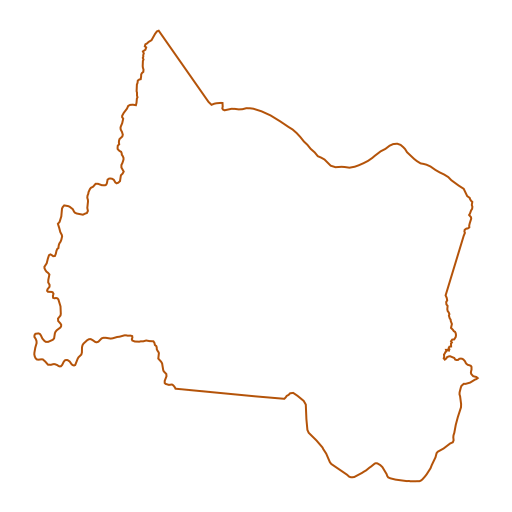 outline of Anajás, Pará, Brazil
{"feature_id": "56859067B41993569024253", "entity_name": "Anajás", "entity_type": "district", "adm_level": 2, "iso_a3": "BRA", "parent_name": "Brazil", "parent_adm1": "Pará", "projection": "robinson", "projection_center": [-50.06, -0.792], "detail": "fine", "context": "isolated", "style": "outline", "palette": "amber", "viewbox_px": 512, "rotation_deg": 0, "n_neighbors": 0, "source": "geoboundaries", "source_scale": "gbopen_adm2", "svg_char_len": 5953}
<svg xmlns="http://www.w3.org/2000/svg" viewBox="0 0 512 512"><path d="M57.9,223.8L59.2,227.9L60.3,232.1L61.8,234.9L62.1,236.4L61.4,239.5L60.6,241.6L59.4,243.4L58.9,244.7L58.6,246.2L58.4,248.1L57.3,248.9L56.5,250.7L55.8,253.8L54.9,256.0L53.2,256.2L51.6,255.0L50.4,254.4L49.0,255.2L47.9,258.5L46.7,263.3L44.4,266.8L44.5,268.3L45.5,270.3L46.5,271.7L48.0,272.8L49.4,274.5L48.3,279.9L48.2,282.4L49.6,284.9L49.5,286.8L47.5,289.3L47.1,290.8L48.0,291.8L51.3,291.9L52.6,292.2L53.5,293.8L52.9,295.9L53.1,297.8L54.5,298.3L56.0,298.0L57.5,298.4L58.4,299.5L60.5,306.4L60.8,313.8L60.5,315.5L58.0,318.6L58.2,321.0L60.5,323.6L61.2,324.8L61.1,326.3L60.4,327.5L56.7,330.3L55.5,331.8L54.9,333.2L54.1,338.4L52.8,339.8L48.1,341.9L45.9,341.9L44.5,341.0L42.4,338.6L40.9,335.4L39.9,334.0L38.5,333.4L35.4,333.8L34.5,335.2L34.4,336.9L35.7,338.9L36.5,341.0L36.6,343.1L35.3,347.6L34.4,352.7L34.3,354.4L34.8,356.6L35.7,358.4L36.9,359.5L38.5,359.7L41.4,359.3L42.8,359.4L45.2,361.5L48.0,364.7L51.0,364.8L53.4,364.1L54.7,364.1L57.3,365.1L58.5,366.0L59.6,366.4L60.9,366.3L62.2,364.9L63.6,362.0L64.8,360.4L66.0,360.0L67.6,360.1L69.7,361.5L71.5,364.1L72.5,365.0L74.0,365.5L75.2,365.0L77.7,358.7L78.5,357.3L81.3,354.6L81.9,352.5L82.0,347.3L82.5,345.2L83.5,343.6L87.2,340.2L89.0,339.2L90.7,339.1L92.6,340.1L95.3,342.0L96.6,342.3L98.4,341.7L101.6,338.4L103.4,337.8L105.8,337.8L110.7,338.6L112.7,338.3L117.1,337.0L119.6,336.7L124.6,335.3L126.0,335.3L127.7,335.7L130.5,335.6L132.2,336.1L132.4,337.7L131.8,339.1L132.3,340.5L134.8,341.5L139.3,341.7L140.8,341.3L143.3,341.3L146.2,340.5L149.5,341.1L153.4,341.3L154.4,342.8L154.9,345.0L156.3,346.1L156.7,347.4L156.8,349.3L157.5,350.7L158.3,351.8L158.9,353.1L158.3,358.6L161.1,361.7L162.1,363.4L163.2,370.0L163.7,371.3L166.3,374.0L166.5,376.2L164.7,380.9L164.7,383.0L165.6,383.9L168.9,384.9L171.9,384.5L173.1,385.2L174.0,386.2L174.9,387.4L175.5,388.7L255.9,396.4L284.3,398.8L285.7,397.4L286.7,395.9L288.6,394.9L290.1,393.3L293.2,392.9L297.5,395.8L303.7,400.9L305.8,404.6L306.4,419.1L307.4,429.9L308.7,432.8L316.5,440.5L322.5,447.5L323.2,449.0L326.2,453.6L329.9,462.2L331.3,464.0L347.0,474.7L349.2,476.7L350.7,477.2L352.0,477.3L354.3,477.0L362.2,472.8L363.5,471.9L366.1,470.4L369.5,467.6L371.0,466.6L374.7,463.6L375.9,463.2L377.4,463.4L380.3,465.1L382.4,467.1L386.6,474.1L387.2,475.9L388.2,477.4L390.3,478.3L395.5,479.6L406.7,481.1L409.1,481.0L410.4,481.3L419.4,481.2L420.7,480.7L422.3,479.5L424.8,476.7L426.6,474.4L430.5,468.3L431.8,465.0L435.5,457.3L436.6,453.1L437.8,451.7L443.6,448.5L450.1,443.5L452.8,442.3L453.6,440.3L453.3,437.3L453.5,435.3L454.3,432.8L455.8,424.7L457.8,417.2L461.0,407.3L461.1,404.0L460.1,396.3L459.5,394.3L459.6,392.3L460.7,388.0L461.3,386.1L462.5,384.9L463.8,383.8L465.5,383.9L470.1,382.6L475.0,379.6L476.4,379.1L477.7,378.1L476.4,377.0L473.2,376.2L471.3,374.1L470.9,372.8L471.1,371.1L471.5,369.8L471.5,366.9L470.8,365.8L469.2,365.2L467.9,364.9L466.5,363.9L465.6,362.7L465.1,361.4L463.3,359.4L461.9,358.7L460.6,358.6L459.3,358.8L458.1,359.9L456.6,360.0L455.2,359.6L454.3,358.0L450.0,356.2L448.5,356.5L447.0,357.2L446.3,358.4L444.8,359.6L443.7,358.3L444.2,357.0L444.0,354.5L444.8,353.5L445.3,352.2L446.4,351.4L446.0,349.9L447.5,349.9L448.9,350.6L449.4,349.3L448.6,348.2L449.4,346.7L451.1,346.5L451.0,343.5L451.9,342.5L451.0,341.3L452.2,339.6L454.2,339.4L455.7,337.0L456.0,335.1L455.7,333.2L455.0,331.8L453.8,331.2L452.9,329.8L451.0,327.9L451.9,324.0L450.8,321.2L450.6,319.6L449.7,318.3L449.3,316.9L448.9,315.6L449.4,314.1L448.7,312.4L447.7,311.1L447.3,309.2L447.6,305.9L446.4,304.4L446.2,302.0L447.2,300.4L446.7,297.8L445.6,295.4L463.7,235.8L464.9,232.9L464.4,231.5L464.7,229.8L466.5,228.5L467.7,228.5L469.3,227.4L469.2,225.5L469.7,223.4L471.2,218.7L471.0,217.2L469.1,215.0L469.9,213.7L471.1,210.4L472.1,208.9L472.4,206.8L471.8,205.0L472.3,201.9L471.0,200.7L470.1,199.2L469.7,197.9L467.2,196.1L463.7,188.8L458.7,185.6L451.3,180.2L448.3,177.1L444.1,174.5L439.7,172.4L435.5,170.0L430.5,166.5L426.5,164.7L423.5,163.9L420.6,163.4L416.9,161.1L414.1,158.9L407.0,152.2L405.1,149.1L403.3,147.2L400.6,144.9L397.2,143.7L393.1,144.1L389.6,145.7L385.4,148.9L380.7,151.3L374.8,155.8L372.2,158.0L368.0,160.9L363.5,163.2L358.7,165.3L354.8,166.7L349.5,167.7L344.6,167.0L341.6,166.8L335.5,167.2L330.7,165.7L324.5,159.5L321.1,157.6L317.8,156.2L314.7,152.4L310.6,148.8L307.4,144.8L303.9,141.5L300.3,137.0L296.7,133.1L292.6,129.5L288.4,126.9L280.1,121.3L270.5,115.4L261.5,111.3L253.3,108.7L250.2,108.3L246.3,108.2L242.5,109.2L238.8,109.4L235.0,108.9L231.5,108.8L224.5,110.3L222.9,109.5L222.3,108.3L222.7,106.6L222.5,103.0L220.6,102.9L216.2,103.3L214.3,103.7L211.5,104.8L208.5,101.9L158.7,30.7L156.9,31.4L155.1,33.8L151.5,40.2L148.5,42.0L147.1,43.4L145.4,44.3L144.8,46.3L146.2,47.4L145.4,49.7L142.9,51.4L143.8,53.4L143.2,55.1L143.3,56.7L142.8,57.9L143.5,59.5L142.9,60.9L142.7,66.1L142.9,67.7L143.5,69.6L143.3,71.9L142.0,73.0L141.2,74.4L141.1,76.7L140.7,79.2L139.3,79.5L137.8,80.6L137.5,83.0L136.9,84.5L136.6,91.2L137.0,92.6L137.0,95.6L137.5,97.3L136.9,98.5L136.5,102.8L135.9,105.2L132.9,104.7L130.1,104.9L128.2,105.9L127.0,108.6L123.8,112.8L122.2,115.7L122.1,117.1L123.2,118.7L122.2,123.2L120.8,126.5L120.5,127.8L120.7,129.5L122.0,132.0L122.8,134.7L122.3,136.5L119.5,139.1L119.0,140.9L118.9,142.7L119.2,144.3L117.8,145.6L117.6,147.4L117.6,148.9L118.5,150.0L119.6,151.0L121.1,151.8L121.7,153.3L121.8,154.7L122.7,156.0L123.5,157.9L123.5,159.5L123.1,160.9L122.4,163.0L121.4,165.0L121.4,167.5L123.7,171.6L122.6,173.6L120.9,175.3L120.0,181.1L118.3,182.7L116.6,183.3L115.3,182.4L113.8,179.8L112.2,178.8L110.5,178.5L109.1,178.6L107.6,179.6L106.9,183.2L106.2,184.7L105.0,185.3L101.8,185.2L98.0,183.8L95.6,183.8L93.1,186.7L90.9,187.8L89.9,189.1L88.5,192.2L88.3,193.7L87.5,195.7L87.3,197.8L87.9,199.8L88.0,201.5L87.3,207.9L87.9,210.9L86.9,213.0L85.2,213.6L82.9,214.7L76.7,213.5L74.9,212.7L74.0,211.6L72.8,209.2L69.6,206.7L68.1,206.1L64.2,205.4L62.7,207.1L62.0,208.6L61.3,216.4L59.6,221.9L57.9,223.8Z" fill="none" stroke="#b45309" stroke-width="2"/></svg>